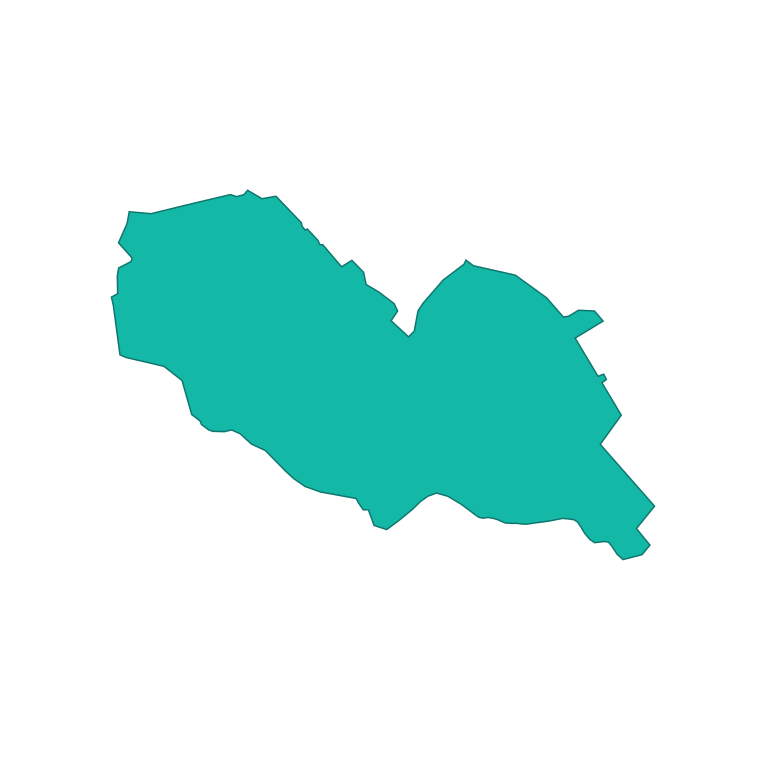 Al Kamlin, Gezira, Sudan, rotated 154°
{"feature_id": "16777658B48918222085465", "entity_name": "Al Kamlin", "entity_type": "district", "adm_level": 2, "iso_a3": "SDN", "parent_name": "Sudan", "parent_adm1": "Gezira", "projection": "equal_earth", "projection_center": [32.926, 15.143], "detail": "fine", "context": "isolated", "style": "filled", "palette": "teal", "viewbox_px": 768, "rotation_deg": 154, "n_neighbors": 0, "source": "geoboundaries", "source_scale": "gbopen_adm2", "svg_char_len": 1755}
<svg xmlns="http://www.w3.org/2000/svg" viewBox="0 0 768 768"><g transform="rotate(154 384 384)"><path d="M590.9,581.6L592.9,573.0L608.5,526.0L604.1,520.8L574.0,496.3L564.0,475.7L570.2,440.8L565.5,431.3L565.8,427.5L561.8,419.8L558.8,416.6L548.3,411.1L541.2,409.6L535.1,402.4L529.5,388.1L519.8,376.2L510.6,348.7L506.7,338.7L499.8,326.4L488.3,314.7L481.9,310.0L459.2,293.3L459.1,288.7L457.8,280.0L453.2,277.8L454.9,261.2L445.7,252.3L445.5,252.1L445.4,252.0L430.7,254.7L413.6,258.8L402.7,262.4L394.0,263.9L384.7,263.0L375.8,255.1L367.2,241.8L365.3,238.2L361.6,231.0L359.3,226.4L357.1,222.5L353.8,220.0L351.3,219.2L348.6,218.2L343.7,214.5L341.6,212.5L338.6,209.0L335.8,205.8L328.6,201.9L326.0,200.7L324.1,199.5L320.3,197.0L316.4,195.2L307.2,192.3L300.9,190.1L293.3,187.8L289.5,186.8L282.4,184.9L277.1,181.7L272.6,178.6L270.5,175.0L270.1,172.1L269.7,169.4L269.4,165.4L268.9,160.9L267.1,154.0L264.3,149.1L255.0,145.8L251.6,143.6L250.3,138.1L249.1,128.7L246.1,121.4L226.9,117.5L215.6,122.6L220.5,143.4L194.4,155.6L216.1,234.9L211.4,237.5L184.4,252.0L187.6,289.6L182.2,290.5L182.2,296.5L188.3,297.1L192.1,341.5L159.5,344.5L162.8,357.3L176.8,365.0L188.3,364.0L193.4,365.5L200.1,390.2L218.2,424.2L251.8,451.1L256.0,459.4L259.6,456.6L285.3,451.5L313.2,439.6L321.3,434.9L333.6,418.3L341.3,415.6L349.9,437.7L339.7,443.7L339.7,451.8L348.1,468.5L356.4,481.2L353.4,493.3L358.7,509.2L370.8,508.0L378.0,536.0L380.6,537.5L380.4,542.0L385.0,556.9L387.4,556.9L388.5,561.8L387.6,565.1L398.8,600.1L407.4,602.6L412.4,604.0L421.7,617.9L426.8,615.6L434.3,617.0L439.1,621.6L470.6,628.7L484.6,631.8L518.7,639.2L537.5,650.5L544.5,640.9L560.7,627.3L555.2,607.6L557.7,604.9L571.6,604.6L576.3,598.1L583.8,581.9L590.9,581.6Z" fill="#14b8a6" stroke="#0f766e" stroke-width="1.5"/></g></svg>